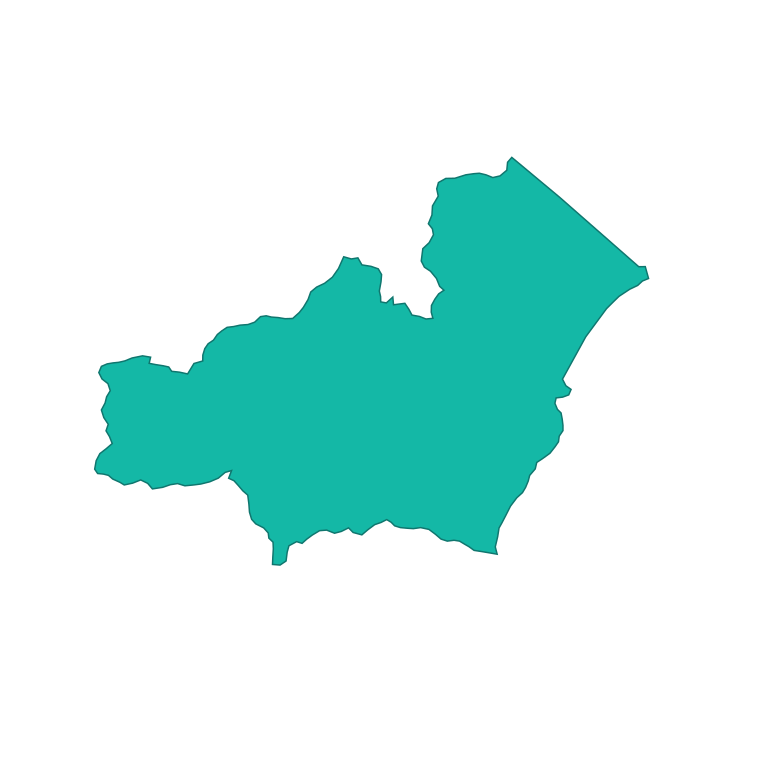 the district of Santo Amaro da Imperatriz, Santa Catarina, Brazil, rotated 48°
{"feature_id": "56859067B63225010311185", "entity_name": "Santo Amaro da Imperatriz", "entity_type": "district", "adm_level": 2, "iso_a3": "BRA", "parent_name": "Brazil", "parent_adm1": "Santa Catarina", "projection": "natural_earth1", "projection_center": [-48.807, -27.744], "detail": "fine", "context": "isolated", "style": "filled", "palette": "teal", "viewbox_px": 768, "rotation_deg": 48, "n_neighbors": 0, "source": "geoboundaries", "source_scale": "gbopen_adm2", "svg_char_len": 2858}
<svg xmlns="http://www.w3.org/2000/svg" viewBox="0 0 768 768"><g transform="rotate(48 384 384)"><path d="M238.3,528.1L232.5,533.3L227.3,532.6L222.7,535.9L216.8,540.7L211.5,544.7L207.9,539.5L201.5,544.6L196.1,553.8L193.4,561.2L190.4,566.6L186.9,571.4L183.8,576.3L181.8,582.2L184.7,588.3L191.6,590.2L199.0,588.9L205.8,591.9L207.9,598.7L211.5,604.0L214.2,611.4L221.5,614.7L229.4,615.9L232.8,621.9L239.4,623.2L246.4,625.8L246.2,633.9L245.6,641.7L248.4,649.2L253.7,656.0L258.9,656.7L263.2,652.8L267.5,649.9L273.1,649.2L280.4,646.0L285.2,644.6L289.5,637.1L292.5,629.0L299.7,626.1L307.0,626.3L312.7,617.6L315.9,610.1L319.9,604.0L326.4,600.1L331.8,592.8L335.8,587.0L340.1,578.9L343.1,570.1L343.4,561.2L346.3,555.2L350.1,562.5L355.5,560.2L362.4,560.2L368.9,560.4L375.4,559.6L382.9,564.8L389.2,569.7L395.9,572.9L402.1,572.9L410.4,569.7L417.2,569.7L421.5,572.7L427.3,572.3L432.5,576.6L438.0,582.2L443.5,587.6L449.0,582.4L450.0,575.2L444.2,568.5L440.6,562.9L442.7,554.4L447.6,551.5L447.6,545.3L448.3,538.2L449.9,530.0L454.2,524.4L461.8,520.6L465.0,514.4L467.2,506.6L473.7,506.3L481.3,501.4L481.5,493.6L482.3,485.0L484.9,478.9L486.6,472.7L491.5,471.2L496.5,471.0L501.7,467.9L507.1,462.9L511.1,459.0L515.2,452.9L522.1,447.9L530.3,446.3L537.4,445.4L543.1,442.1L547.0,436.5L551.3,433.0L556.9,431.3L561.8,429.7L567.9,428.4L573.8,423.6L579.2,419.3L586.2,413.8L579.5,410.3L573.6,401.8L568.0,394.9L566.1,389.3L563.0,381.0L559.4,371.7L557.4,361.4L557.4,353.8L555.6,348.0L552.6,341.7L549.4,336.9L548.3,328.4L544.5,323.0L545.5,316.4L546.5,307.0L545.1,298.9L543.7,293.0L540.0,288.7L538.4,282.2L534.5,278.7L529.4,275.1L524.0,271.8L518.9,272.1L512.7,269.9L509.5,265.4L513.3,260.0L515.7,254.0L513.2,248.6L507.0,250.0L499.8,248.1L483.9,202.4L476.9,168.2L476.4,158.4L476.1,150.7L478.0,138.0L480.5,129.5L480.4,123.0L482.6,116.8L471.6,111.3L467.3,116.2L362.4,128.6L301.1,137.4L301.9,143.8L307.3,149.7L307.0,158.5L303.4,165.0L296.7,168.3L291.2,172.1L287.9,176.4L283.3,183.2L278.5,193.7L272.6,200.5L270.7,208.7L274.2,214.2L280.7,218.0L284.1,228.8L290.5,235.3L294.6,243.8L301.0,244.2L306.2,247.4L309.2,255.9L309.4,264.6L317.5,274.0L324.2,275.8L331.3,274.0L340.7,274.4L348.7,277.3L354.4,276.7L353.6,283.1L355.0,289.4L357.4,296.2L362.2,300.8L367.9,303.7L363.8,309.3L357.6,312.4L351.5,317.1L345.0,315.5L338.0,314.5L331.5,323.9L325.3,319.3L325.3,328.0L320.8,331.5L316.7,328.0L311.8,325.3L306.0,317.8L301.1,312.6L294.6,311.2L287.9,314.9L280.7,320.7L272.8,319.0L269.2,324.6L262.5,328.8L267.7,340.5L270.1,350.9L269.4,360.8L266.9,369.2L266.6,376.9L270.4,383.9L273.1,392.6L274.2,399.1L274.2,408.0L269.3,413.8L263.6,418.4L258.9,422.9L254.5,425.9L251.3,430.7L251.5,438.8L248.8,445.3L244.0,451.5L240.7,457.3L236.9,462.7L236.0,468.8L235.7,474.7L237.3,481.4L236.4,487.7L237.8,493.5L241.3,499.3L245.6,503.3L241.6,511.5L245.1,523.2L238.3,528.1Z" fill="#14b8a6" stroke="#0f766e" stroke-width="1.5"/></g></svg>